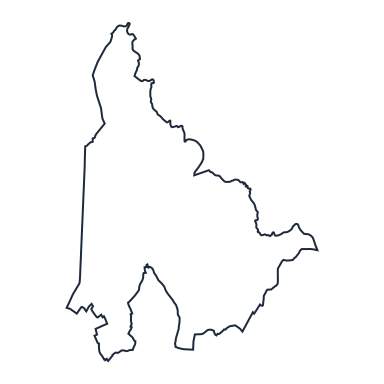 Di An, Bình Dương, Vietnam
{"feature_id": "81297802B25090486882402", "entity_name": "Di An", "entity_type": "district", "adm_level": 2, "iso_a3": "VNM", "parent_name": "Vietnam", "parent_adm1": "Bình Dương", "projection": "equal_earth", "projection_center": [106.783, 10.917], "detail": "fine", "context": "isolated", "style": "outline", "palette": "slate", "viewbox_px": 384, "rotation_deg": 0, "n_neighbors": 0, "source": "geoboundaries", "source_scale": "gbopen_adm2", "svg_char_len": 5974}
<svg xmlns="http://www.w3.org/2000/svg" viewBox="0 0 384 384"><path d="M135.9,38.7L134.3,36.0L133.3,34.6L132.8,34.2L132.2,34.0L130.5,34.6L129.8,34.6L128.8,34.2L128.1,33.6L127.4,32.4L127.1,31.2L127.1,30.2L127.3,28.9L128.7,26.5L129.5,24.6L129.7,23.8L129.0,23.0L128.2,23.0L127.8,23.4L127.4,24.0L126.8,25.5L126.2,26.0L125.5,26.4L123.9,26.4L121.1,25.6L119.7,25.5L119.0,25.7L117.9,26.3L116.9,27.2L115.8,29.1L115.2,30.0L114.2,30.7L113.1,32.6L111.4,33.8L111.9,34.5L112.1,35.2L112.1,36.2L111.5,38.5L110.4,41.8L109.1,43.4L105.8,47.1L97.7,61.9L94.5,70.0L92.7,75.3L94.6,81.5L95.6,88.8L96.9,95.5L101.0,108.1L102.4,118.5L104.7,123.6L96.5,133.7L95.2,135.8L95.2,136.3L94.7,137.6L94.3,138.1L92.7,138.4L92.7,141.8L90.6,142.3L88.5,144.0L86.8,145.8L85.2,146.3L84.8,160.0L84.7,166.2L80.0,277.6L79.6,282.8L78.8,284.4L72.9,294.3L68.6,303.8L66.6,307.8L69.0,308.6L69.7,308.6L76.8,313.6L81.0,307.5L81.8,306.9L82.0,306.9L84.4,308.4L85.5,310.5L86.3,311.4L88.8,306.7L91.6,303.9L93.0,306.4L91.3,309.1L92.5,311.4L96.2,316.5L97.2,317.4L97.8,317.4L101.2,314.7L102.7,317.3L103.9,316.3L104.8,317.9L107.2,323.7L95.6,328.9L97.0,334.6L94.5,335.7L97.6,342.8L98.0,343.2L98.8,343.4L99.0,343.7L98.9,346.0L99.1,349.4L99.4,351.7L100.0,353.2L102.4,356.4L103.8,358.9L104.0,359.3L104.6,359.1L105.2,360.2L106.8,358.9L107.6,360.5L108.1,361.0L112.5,355.6L112.4,355.0L115.3,352.7L116.0,352.6L117.4,352.9L118.0,352.8L119.0,352.3L121.6,350.4L122.2,350.6L123.5,350.3L126.0,351.1L126.6,351.1L127.7,350.9L130.0,350.0L132.8,349.9L133.3,348.1L135.1,344.3L135.3,343.3L135.3,341.2L134.8,341.2L133.4,339.2L132.7,337.6L128.4,333.7L129.6,331.2L130.9,329.3L131.6,327.5L131.7,327.2L130.5,326.7L130.8,325.7L131.7,324.2L131.7,323.8L131.1,321.9L130.9,318.5L131.2,316.2L130.6,314.3L132.2,313.5L130.7,309.5L128.7,305.3L128.0,302.7L129.6,301.4L134.8,295.7L137.8,291.7L139.0,289.8L139.3,286.6L140.1,284.2L142.3,280.4L143.1,278.1L143.3,274.2L143.6,273.1L145.8,272.8L144.9,270.6L144.8,269.8L144.6,267.2L146.5,267.1L146.5,264.9L147.4,264.4L147.8,266.0L148.5,267.6L149.9,266.8L151.7,267.9L152.6,269.0L153.4,270.3L153.9,272.4L154.4,273.4L156.2,275.8L158.4,280.2L161.6,283.3L163.8,286.0L164.4,287.0L165.7,290.4L167.6,293.5L172.9,300.3L173.8,302.1L176.1,305.1L177.4,309.0L177.7,310.1L177.8,313.8L177.9,314.9L179.0,316.4L179.5,317.6L179.7,318.2L179.6,319.7L179.4,323.3L178.9,325.9L178.7,328.8L176.1,337.8L175.8,339.4L175.5,341.9L175.1,342.8L175.1,344.1L175.5,345.6L175.5,346.8L178.3,348.0L183.5,349.2L193.1,349.7L193.5,341.1L194.9,334.4L201.1,334.2L203.0,333.7L207.9,329.9L210.7,329.6L213.8,330.7L214.2,332.4L214.9,334.0L215.4,334.8L216.4,335.4L217.6,333.8L218.8,334.0L219.4,333.7L222.0,331.7L224.1,329.4L225.2,329.7L227.5,327.6L229.4,326.5L230.7,326.0L232.3,325.9L234.4,325.4L235.3,325.4L239.4,328.2L240.5,329.2L242.4,331.6L252.9,312.2L254.1,313.7L256.0,310.9L260.0,304.5L261.2,305.6L262.3,305.8L262.9,305.3L263.6,299.7L263.8,295.8L265.1,293.7L266.2,291.3L267.3,289.7L271.2,289.5L274.6,286.6L276.6,285.4L277.8,283.1L277.9,280.3L277.8,273.6L277.8,269.0L278.4,267.7L282.0,261.3L283.5,259.9L286.1,260.5L288.5,260.5L292.8,260.0L294.0,258.4L295.8,257.0L299.0,252.9L299.9,250.9L301.6,249.1L310.4,249.0L313.6,249.4L317.4,250.2L315.3,244.9L313.7,239.9L312.8,237.7L311.3,236.0L309.4,234.7L308.0,234.2L304.0,233.8L300.4,229.9L299.0,227.5L298.3,225.2L297.8,224.4L297.0,223.9L295.4,224.1L292.9,226.5L291.7,229.1L289.8,230.7L288.0,231.7L286.6,232.2L284.1,232.3L282.8,232.9L280.9,234.3L278.2,235.4L276.6,235.7L275.8,235.7L275.1,235.5L274.6,234.8L274.0,232.8L273.6,232.3L273.2,232.3L272.4,233.0L271.8,234.8L271.0,235.2L270.3,236.0L269.9,236.1L268.3,235.1L267.1,235.1L266.7,235.3L265.3,234.5L264.6,234.4L262.9,235.1L261.0,235.1L260.4,234.3L259.8,233.1L259.3,232.5L257.9,232.1L257.7,231.7L257.7,231.4L258.1,230.8L258.0,229.6L256.6,228.0L256.3,227.5L256.4,225.0L256.3,223.7L255.1,221.2L255.2,220.6L255.5,220.3L257.0,220.2L257.3,220.0L257.9,218.8L257.5,217.3L257.3,215.8L257.3,214.2L257.7,213.1L257.8,212.1L257.5,211.7L256.5,210.7L255.9,209.6L254.8,205.2L253.9,203.3L251.0,199.7L249.9,197.3L249.5,196.7L249.3,195.9L249.4,195.2L250.1,193.8L250.1,193.1L249.7,191.3L250.0,190.8L250.5,190.1L250.6,189.4L250.4,188.8L250.0,188.5L248.5,188.6L247.9,188.1L247.5,187.3L247.6,186.3L247.5,186.0L247.0,186.0L246.3,186.6L245.7,186.4L245.6,185.9L245.7,185.6L246.2,185.6L246.4,185.4L246.1,184.8L245.2,183.9L244.6,182.9L244.4,182.8L244.0,183.6L243.6,183.9L243.4,183.5L243.2,182.7L242.9,182.3L242.5,182.1L241.8,182.3L240.9,182.3L240.3,182.1L238.7,180.3L238.1,179.9L236.8,179.7L235.1,179.6L234.1,179.8L233.3,180.5L232.0,180.7L230.3,181.6L229.2,181.8L227.7,182.0L225.3,181.8L224.5,181.4L222.0,179.0L220.0,176.5L219.0,175.7L216.0,175.4L214.9,175.0L212.3,172.5L211.7,172.2L210.6,172.1L210.3,171.8L208.9,170.2L194.3,175.3L194.5,172.8L195.0,171.9L198.8,166.9L202.1,161.8L202.7,160.0L203.2,159.1L203.4,155.9L203.3,152.5L203.0,150.9L200.4,145.6L197.0,141.9L194.7,140.5L191.1,139.5L188.3,139.3L186.4,140.1L185.5,141.5L184.7,141.5L184.5,140.8L184.5,137.0L184.6,134.3L184.3,132.7L183.0,129.7L182.4,127.6L182.5,126.4L182.1,125.9L180.9,125.8L180.2,126.1L178.9,127.1L177.9,127.1L177.3,126.2L176.5,126.0L174.3,126.7L172.3,127.2L171.3,126.7L170.6,125.1L170.3,123.9L170.3,120.7L169.8,120.6L167.5,122.3L166.7,122.3L162.4,118.7L161.9,117.7L159.8,115.8L157.7,114.5L156.8,112.0L153.4,108.9L152.5,107.1L152.1,104.2L151.9,103.6L150.9,102.3L150.9,101.3L151.1,100.6L151.2,99.4L151.1,98.2L150.5,97.1L150.3,95.8L150.3,91.7L150.5,89.6L150.9,88.4L151.3,87.6L151.4,86.4L151.2,84.6L151.5,83.4L152.2,83.0L153.3,83.2L153.9,82.6L153.6,80.3L153.1,79.6L152.2,79.3L150.6,80.3L150.1,80.7L149.5,80.9L148.8,81.0L147.4,80.8L145.9,80.0L145.1,79.9L144.1,79.9L143.2,80.5L142.7,81.0L141.6,81.2L139.8,80.2L134.5,76.0L135.8,72.2L136.6,70.8L137.1,69.2L137.3,67.6L138.3,66.3L138.7,65.5L138.9,64.3L138.8,62.5L138.0,60.6L138.9,59.7L139.7,59.4L140.0,59.0L139.5,55.7L138.6,54.4L137.1,53.0L135.2,51.9L133.1,50.3L132.5,48.5L132.6,45.5L132.3,43.3L132.4,42.3L132.7,41.5L134.1,39.8L135.9,38.7Z" fill="none" stroke="#1e293b" stroke-width="2"/></svg>